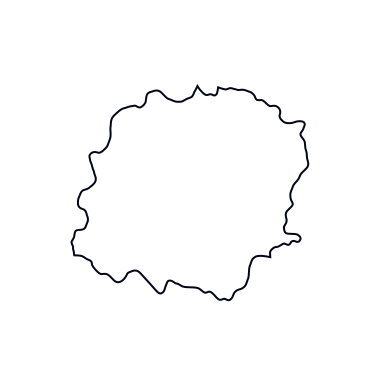 the district of Santo Domingo Norte, Santo Domingo, Dominican Republic, rotated 137°
{"feature_id": "3306468B69906942456290", "entity_name": "Santo Domingo Norte", "entity_type": "district", "adm_level": 2, "iso_a3": "DOM", "parent_name": "Dominican Republic", "parent_adm1": "Santo Domingo", "projection": "albers", "projection_center": [-69.908, 18.61], "detail": "fine", "context": "isolated", "style": "outline", "palette": "ink", "viewbox_px": 384, "rotation_deg": 137, "n_neighbors": 0, "source": "geoboundaries", "source_scale": "gbopen_adm2", "svg_char_len": 5691}
<svg xmlns="http://www.w3.org/2000/svg" viewBox="0 0 384 384"><g transform="rotate(137 192 192)"><path d="M208.7,293.8L210.6,291.5L212.1,289.8L213.7,288.2L215.5,286.9L216.8,286.2L218.7,285.3L221.6,283.8L222.9,283.3L224.3,283.0L225.8,282.9L228.0,282.9L230.1,283.0L231.5,283.3L232.7,283.7L233.2,284.1L233.6,284.5L235.3,287.0L236.2,287.8L237.3,288.6L238.6,289.0L239.9,289.1L241.2,288.9L241.8,288.7L242.4,288.3L243.2,287.4L245.1,284.2L245.7,283.0L246.7,280.4L248.6,276.9L249.6,274.3L251.2,271.4L252.5,268.4L253.3,267.3L254.3,266.4L255.4,265.7L256.1,265.4L257.5,265.1L259.7,264.9L262.7,265.1L264.9,265.3L266.3,265.6L267.5,266.1L269.2,267.0L270.4,267.5L271.0,267.6L272.4,267.6L273.1,267.5L274.3,267.1L276.6,266.0L279.1,264.9L279.8,264.5L281.6,263.1L283.1,261.5L284.0,260.4L284.6,259.0L284.7,258.4L284.7,257.0L284.4,255.8L283.1,253.0L282.9,252.4L282.9,251.0L283.0,250.3L283.4,249.1L284.6,246.9L285.4,245.0L286.1,243.8L286.9,242.8L287.9,241.9L289.1,241.2L291.0,240.4L293.2,239.2L294.5,238.8L295.1,238.7L296.5,238.8L297.8,239.3L299.0,240.1L301.1,241.8L302.1,242.5L302.7,242.7L303.4,242.8L304.0,242.8L304.6,242.6L305.8,241.9L308.0,240.2L309.1,239.4L310.4,238.9L313.5,238.0L314.5,237.3L315.1,236.3L315.9,234.1L316.3,233.1L317.8,231.5L319.3,228.8L321.3,226.0L318.3,223.0L317.3,221.8L316.4,220.5L316.1,219.9L315.6,218.5L314.6,214.5L313.6,212.2L313.2,211.1L313.1,210.5L313.2,209.3L313.7,208.4L314.6,207.2L314.8,206.7L315.3,204.7L315.5,202.5L315.6,200.2L315.5,197.9L315.3,196.4L315.0,195.1L314.4,193.9L314.0,193.5L312.1,192.1L311.2,191.2L310.5,190.2L309.9,188.9L309.5,186.7L309.3,180.5L309.1,178.9L308.5,177.6L307.7,176.5L306.6,175.7L305.3,175.1L303.7,174.8L302.2,174.7L299.8,174.9L297.6,175.4L294.9,176.4L294.3,176.5L293.1,176.3L289.7,175.0L288.5,174.4L287.4,173.6L286.5,172.6L285.8,171.5L285.5,170.7L285.2,169.1L285.1,167.5L285.3,153.4L285.5,143.6L285.3,141.4L284.8,140.0L284.4,139.4L283.8,139.0L283.2,138.8L281.9,138.5L280.6,138.6L279.9,138.8L278.7,139.3L276.0,140.9L271.5,143.0L270.3,143.2L269.7,143.0L269.2,142.8L268.3,142.0L267.6,141.0L267.3,140.4L266.4,136.8L266.2,136.3L265.0,134.6L264.8,134.1L263.7,130.3L263.1,129.0L262.2,127.7L261.2,126.5L255.5,120.7L254.5,119.5L253.5,118.2L252.8,116.8L252.6,116.1L252.3,114.6L251.8,111.0L251.3,109.7L250.9,109.2L250.0,108.6L248.0,107.8L247.6,107.5L247.1,107.1L246.8,106.6L246.5,106.0L246.2,104.7L246.0,102.5L246.0,97.2L245.8,95.8L245.4,94.5L245.0,94.0L244.5,93.6L243.6,93.0L242.0,92.4L241.2,91.8L240.6,90.9L239.8,88.9L239.1,88.0L238.6,87.6L237.5,87.2L236.8,87.2L235.5,87.2L234.8,87.3L233.6,87.8L230.8,89.1L229.4,89.5L228.0,89.6L226.6,89.5L225.2,89.1L221.7,87.5L220.4,87.2L218.2,87.0L216.8,87.2L216.1,87.4L214.9,87.9L209.5,90.7L207.6,92.1L202.5,96.9L200.6,98.3L198.1,99.5L195.3,101.0L194.0,101.5L192.6,101.7L191.1,101.6L189.7,101.4L188.3,100.8L187.0,99.9L185.2,98.4L183.0,96.0L181.5,94.1L179.2,91.0L176.4,94.3L175.4,95.1L174.0,95.5L172.6,95.6L171.1,95.6L169.7,95.3L168.5,94.8L166.8,93.5L166.2,93.3L164.9,92.9L161.5,92.2L160.2,91.7L159.7,91.4L159.4,90.9L158.3,88.5L158.0,88.1L157.7,87.7L157.2,87.4L156.2,87.2L155.2,87.4L153.3,87.9L152.3,87.7L151.4,87.2L150.6,86.4L149.3,84.0L148.5,83.3L148.0,83.0L146.9,82.9L145.3,83.3L144.8,83.6L144.3,84.0L143.9,84.6L143.7,85.2L143.5,85.8L143.6,87.2L143.8,88.5L144.1,89.2L144.5,89.9L145.4,91.1L150.2,96.0L151.0,97.2L151.3,97.8L151.4,98.5L151.2,99.7L150.8,100.7L149.6,102.7L148.8,103.6L147.7,104.2L144.7,105.0L144.1,105.3L143.0,105.9L141.6,107.3L140.0,110.1L139.3,111.1L138.3,112.0L137.2,112.7L136.5,113.0L135.0,113.3L129.0,113.5L127.7,113.8L127.1,114.1L126.5,114.5L125.9,115.5L124.8,119.1L123.7,120.9L122.7,122.1L121.7,123.2L120.6,124.1L119.3,124.9L113.2,127.8L111.7,128.1L107.0,128.6L105.5,128.9L104.1,129.3L101.7,130.4L100.4,130.8L98.2,131.1L91.9,131.3L90.4,131.6L89.7,131.9L88.5,132.6L87.2,134.0L86.5,135.1L85.3,137.4L84.3,138.9L81.5,142.4L80.9,143.5L79.3,146.6L76.1,150.7L75.3,152.0L75.0,152.6L74.7,154.0L74.2,158.0L73.9,159.3L73.6,159.8L73.2,160.3L72.7,160.7L72.2,161.0L71.0,161.3L69.1,161.7L67.9,162.1L64.1,164.0L63.6,164.4L63.2,164.8L62.9,165.4L62.7,166.0L62.7,166.7L62.8,167.4L63.4,168.6L64.8,170.2L66.5,171.6L67.8,172.4L71.0,173.9L72.3,174.7L73.5,175.6L75.1,177.2L76.0,178.3L76.8,179.7L77.0,180.4L77.3,181.8L77.4,183.9L77.3,185.3L76.9,186.6L76.3,187.7L75.9,188.1L73.4,189.8L72.2,191.2L71.9,191.7L71.4,193.1L71.3,193.8L71.3,195.2L71.6,196.6L71.8,197.2L72.5,198.4L73.9,199.7L75.8,201.1L76.2,201.5L76.5,202.0L76.8,202.7L77.1,204.0L77.4,208.5L77.8,210.6L78.3,211.7L78.7,212.1L80.0,213.1L80.8,213.9L81.5,214.8L81.7,215.3L81.8,215.8L81.8,216.4L81.7,216.9L80.7,219.6L80.5,221.7L80.7,223.8L80.8,224.5L81.4,225.7L82.6,228.1L83.5,229.9L84.6,231.6L85.9,232.9L88.4,234.8L89.1,235.7L90.1,237.4L92.4,241.0L93.2,241.9L94.2,242.5L96.9,243.6L97.8,244.4L99.9,247.7L101.5,250.7L104.6,248.3L106.2,247.3L107.3,246.8L108.5,246.8L109.1,246.9L109.7,247.3L110.1,247.7L110.4,248.1L111.0,249.8L111.7,250.8L112.6,251.5L114.3,252.3L115.3,253.1L115.7,253.7L116.2,255.1L116.5,257.5L116.4,261.9L115.8,265.8L118.2,264.8L122.1,263.5L125.0,262.2L126.3,261.9L127.0,261.8L128.3,262.0L132.5,263.7L136.6,264.7L137.3,264.9L138.6,265.7L139.7,266.6L140.8,267.6L141.9,268.8L142.7,270.0L143.4,271.2L144.2,273.2L145.7,276.1L146.2,277.5L146.4,279.0L146.6,286.0L146.9,287.5L147.5,288.9L148.3,290.0L149.3,290.9L149.8,291.3L155.1,293.9L156.4,294.1L157.1,294.2L158.5,293.9L159.1,293.6L160.3,292.9L163.7,290.1L164.9,289.3L165.6,289.0L167.7,288.6L169.1,288.6L170.5,288.7L171.8,289.0L172.3,289.3L172.8,289.7L173.5,290.7L174.4,293.4L175.1,294.3L178.7,296.7L179.9,297.4L182.4,298.5L185.4,300.0L186.7,300.5L188.2,300.8L189.8,301.0L194.5,301.1L196.8,301.1L198.4,300.9L199.9,300.6L201.3,300.0L203.1,298.8L208.7,293.8Z" fill="none" stroke="#020617" stroke-width="2"/></g></svg>